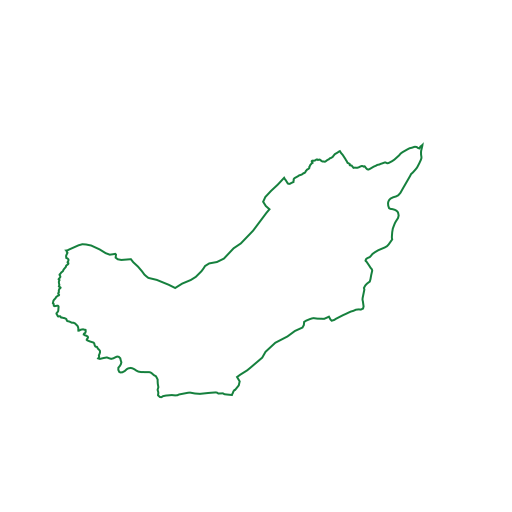 Yaha, Yala, Thailand (Equal Earth projection), rotated 58°
{"feature_id": "78962969B93960715397909", "entity_name": "Yaha", "entity_type": "district", "adm_level": 2, "iso_a3": "THA", "parent_name": "Thailand", "parent_adm1": "Yala", "projection": "equal_earth", "projection_center": [101.075, 6.426], "detail": "fine", "context": "isolated", "style": "outline", "palette": "green", "viewbox_px": 512, "rotation_deg": 58, "n_neighbors": 0, "source": "geoboundaries", "source_scale": "gbopen_adm2", "svg_char_len": 6128}
<svg xmlns="http://www.w3.org/2000/svg" viewBox="0 0 512 512"><g transform="rotate(58 256 256)"><path d="M361.1,350.1L360.8,349.8L359.8,348.1L358.9,347.0L358.2,345.2L358.5,344.7L356.6,339.2L353.7,336.3L348.6,336.2L348.3,332.3L348.3,324.1L347.8,320.2L345.5,304.6L342.3,298.7L339.8,285.6L340.9,272.0L340.2,262.7L341.3,254.5L339.9,252.0L337.4,250.1L337.4,247.7L338.1,243.6L338.6,241.6L339.2,240.1L341.6,237.2L345.4,231.5L345.8,228.8L346.1,226.3L349.3,226.5L351.0,226.1L351.7,223.4L351.6,221.7L352.3,213.4L352.7,210.6L353.1,207.0L353.4,204.9L354.1,202.5L354.5,199.7L355.7,197.2L357.0,195.5L357.3,193.1L355.8,191.5L351.1,189.4L349.6,188.9L348.2,187.9L341.9,181.9L340.3,181.4L338.9,178.9L338.3,176.7L338.1,174.9L338.0,173.1L336.3,171.2L333.2,168.4L330.0,165.2L328.7,164.8L326.6,165.1L324.0,165.1L319.1,165.3L318.6,165.6L318.0,165.6L317.0,164.4L316.8,162.7L317.2,160.1L316.8,158.5L316.0,156.2L315.8,153.1L315.9,149.2L317.0,142.3L317.1,139.7L316.5,137.4L314.7,133.1L314.1,131.7L312.7,131.2L311.3,130.3L307.9,127.8L305.2,125.4L302.4,121.7L301.5,120.4L300.6,118.7L299.1,115.5L297.3,113.6L295.8,113.0L294.3,112.5L293.0,112.6L291.6,113.1L290.4,113.8L288.6,115.4L287.3,117.0L286.0,117.8L283.4,117.2L281.1,116.0L279.9,114.8L279.0,113.2L278.6,111.4L278.9,108.5L279.7,105.7L279.9,103.2L279.0,100.1L276.6,95.7L269.8,82.9L268.7,81.1L268.3,78.8L267.2,75.0L266.4,72.7L265.5,71.1L263.9,68.4L261.8,65.2L260.6,63.8L259.6,63.2L257.5,62.3L255.5,61.1L254.3,60.2L250.6,56.5L250.0,56.0L250.2,56.9L250.3,58.5L251.3,60.5L250.2,61.4L248.7,62.0L247.7,63.2L247.4,63.8L246.8,66.4L246.0,68.7L245.8,71.4L245.6,76.7L245.7,78.3L245.8,79.2L246.5,81.3L247.6,87.6L247.7,90.3L247.4,94.3L247.0,95.4L246.7,95.7L245.2,96.7L244.9,97.3L244.3,100.1L243.9,101.6L243.8,102.9L243.3,104.1L243.0,105.1L243.0,106.4L242.6,108.8L242.5,113.1L242.3,114.8L241.8,115.4L241.2,115.8L239.2,116.2L238.2,116.2L237.6,116.3L237.3,116.6L237.3,117.3L236.3,117.9L236.1,118.1L235.7,118.7L235.4,120.0L235.3,121.7L234.8,123.5L233.3,125.6L232.9,126.6L229.9,127.0L229.5,127.6L228.8,128.3L228.5,128.3L227.9,127.8L227.6,127.8L226.2,128.5L225.6,129.0L223.2,128.8L222.6,128.9L221.1,128.8L216.1,128.9L213.8,129.3L211.5,129.3L211.4,130.0L211.5,132.2L211.4,135.2L212.3,137.8L212.6,138.4L212.6,140.4L212.3,141.5L212.6,143.1L212.4,144.5L212.6,146.4L212.6,147.4L212.3,148.0L211.7,148.5L211.3,149.3L210.4,150.0L210.0,150.2L209.5,150.2L208.9,150.6L208.3,150.7L207.9,151.0L207.6,151.8L207.4,152.6L206.6,152.9L206.4,153.2L206.2,153.7L206.3,154.9L206.1,155.8L205.7,156.7L205.1,157.5L205.0,158.0L205.1,158.4L205.5,158.7L206.2,158.5L207.0,158.7L207.0,159.9L207.4,161.0L207.6,161.8L208.4,162.9L208.7,163.6L209.5,164.0L209.8,164.6L209.9,165.5L209.8,167.2L210.2,167.8L210.3,168.6L211.0,169.7L211.3,170.7L211.2,171.4L210.9,171.8L211.2,173.3L211.0,174.9L210.5,176.6L210.6,178.1L210.4,181.7L210.5,182.6L210.9,183.4L211.8,183.9L212.3,184.5L213.1,185.0L212.8,187.2L212.7,189.1L212.3,189.8L211.4,190.6L207.4,190.6L206.2,190.8L204.6,190.7L207.0,199.7L208.7,208.5L210.9,216.8L213.8,221.2L218.8,221.2L223.5,219.8L224.9,224.2L233.0,245.1L237.3,262.2L237.6,270.9L241.2,284.6L240.4,292.3L237.5,299.6L237.5,304.5L238.7,307.0L240.0,310.3L241.8,318.1L241.8,324.0L240.3,333.2L240.3,341.5L234.1,345.3L223.7,352.8L217.5,358.9L215.0,359.8L212.6,360.5L208.5,360.8L202.5,361.7L196.2,363.4L192.4,363.8L188.0,372.3L185.5,375.0L183.0,375.9L180.6,374.0L179.6,374.2L178.8,376.2L177.4,379.3L173.9,382.0L167.6,385.1L159.8,390.2L156.2,394.0L154.0,397.0L152.9,400.8L151.5,410.8L151.3,412.9L150.9,413.8L151.2,413.7L151.8,414.2L152.2,414.3L153.1,414.1L153.4,414.2L154.9,416.6L155.5,417.1L156.4,417.6L157.3,417.9L157.8,417.4L158.4,417.1L159.4,416.9L160.0,417.1L160.7,417.8L161.4,419.1L161.8,419.2L162.5,418.9L163.1,419.2L163.4,419.9L163.5,421.6L163.6,422.0L163.8,422.4L164.4,422.9L165.6,426.5L166.4,427.5L166.6,428.3L166.8,430.0L167.4,431.3L167.5,432.1L167.6,432.4L167.9,432.6L169.5,432.7L169.9,433.0L170.1,433.1L170.6,434.2L170.9,435.4L171.2,435.7L171.4,435.6L171.8,435.4L172.3,435.4L173.0,436.5L173.8,437.1L175.4,437.8L176.2,438.0L176.9,438.7L177.3,439.3L177.5,439.3L178.6,438.7L179.2,438.5L179.5,438.8L179.8,440.5L181.1,441.8L182.2,442.3L182.8,443.5L183.2,443.6L184.6,443.6L184.8,443.8L184.9,444.2L184.7,445.2L184.8,446.2L184.9,447.2L185.6,448.5L186.1,450.5L186.6,451.5L188.4,453.3L188.6,453.3L189.0,453.1L189.4,453.0L191.0,453.8L191.6,453.6L191.9,453.2L192.9,450.7L193.3,450.3L193.9,450.2L194.4,450.3L197.6,452.7L198.1,453.3L198.9,455.6L199.3,455.8L200.3,455.9L201.2,455.8L202.0,456.0L202.3,455.9L202.5,455.8L203.1,454.3L203.4,454.0L203.8,453.9L204.6,454.0L205.0,453.8L205.6,452.9L206.5,452.2L207.1,451.4L208.6,450.4L209.0,450.3L209.3,450.3L210.4,450.6L210.9,450.6L211.4,450.3L212.7,449.0L214.9,447.6L215.9,446.1L217.3,445.2L219.8,444.6L220.7,444.4L221.6,444.5L223.5,445.1L224.4,445.8L225.2,446.2L225.5,445.7L225.7,443.5L226.4,441.8L226.8,441.2L227.6,440.6L228.3,439.7L228.5,439.7L228.9,440.0L229.6,440.3L230.4,441.1L230.7,441.5L230.7,442.9L231.1,443.6L231.3,443.7L231.6,443.4L232.6,443.1L233.9,442.0L235.2,441.4L235.6,441.5L236.0,441.6L236.3,441.9L236.9,443.4L237.2,443.8L237.4,444.0L238.1,443.8L238.4,443.6L240.5,442.1L243.3,439.7L244.3,439.5L246.2,440.1L247.0,440.2L247.8,440.1L248.2,439.8L248.7,439.1L249.0,439.0L250.7,439.2L252.1,438.8L253.6,438.6L254.1,438.8L255.1,439.4L256.2,440.7L257.0,441.9L258.3,442.4L258.6,442.7L259.2,444.1L260.5,443.0L261.8,439.2L263.0,436.2L265.2,434.5L266.5,433.3L267.2,431.1L267.4,428.7L267.7,427.0L268.8,425.8L270.8,425.3L272.8,426.0L274.8,426.5L276.2,428.0L277.1,429.7L277.8,431.9L279.6,433.1L281.8,433.4L282.9,432.7L283.8,431.0L284.0,428.3L283.5,425.6L283.6,423.9L284.5,421.6L285.8,420.3L287.7,419.1L289.8,418.2L291.7,417.0L293.5,415.0L298.2,407.7L299.7,406.7L301.7,406.1L303.0,405.7L304.9,404.6L306.8,404.7L308.7,404.9L310.1,405.8L312.3,407.0L315.5,408.3L317.4,410.4L319.2,410.9L320.4,411.4L321.8,412.6L322.3,412.9L324.7,412.2L325.6,411.0L325.6,409.1L326.6,406.4L329.3,401.1L331.4,398.4L332.4,396.5L332.7,394.5L336.0,386.0L336.9,384.3L340.2,380.7L343.2,376.6L347.1,368.6L350.3,362.5L351.2,361.5L352.7,360.8L354.9,356.9L356.5,356.0L358.1,354.0L361.1,350.1Z" fill="none" stroke="#15803d" stroke-width="2"/></g></svg>